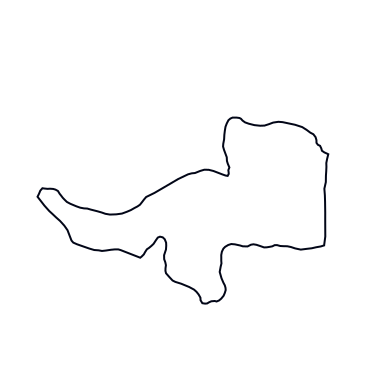 Offouè-Onoyè, Ogooué-Lolo, Gabon (Albers equal-area conic projection), rotated 111°
{"feature_id": "22940354B26580795617541", "entity_name": "Offouè-Onoyè", "entity_type": "district", "adm_level": 2, "iso_a3": "GAB", "parent_name": "Gabon", "parent_adm1": "Ogooué-Lolo", "projection": "albers", "projection_center": [11.91, -1.081], "detail": "fine", "context": "isolated", "style": "outline", "palette": "ink", "viewbox_px": 384, "rotation_deg": 111, "n_neighbors": 0, "source": "geoboundaries", "source_scale": "gbopen_adm2", "svg_char_len": 2719}
<svg xmlns="http://www.w3.org/2000/svg" viewBox="0 0 384 384"><g transform="rotate(111 192 192)"><path d="M107.9,78.3L107.8,79.3L107.6,82.7L106.9,85.5L105.0,86.9L103.0,89.0L102.8,91.4L101.5,93.4L99.0,94.4L96.5,96.3L94.6,99.4L94.2,102.8L93.0,107.0L91.9,112.4L92.3,119.9L94.3,132.4L95.5,136.5L98.1,141.1L101.2,144.6L104.0,148.1L105.7,152.1L107.2,157.7L107.9,163.5L108.0,167.4L107.2,170.4L106.1,172.5L105.9,174.2L106.6,177.2L108.0,180.8L109.7,182.5L111.9,183.7L115.5,184.1L119.1,184.1L123.0,183.3L127.0,182.3L131.3,180.9L135.7,180.1L138.4,179.3L141.2,177.2L147.1,172.0L150.5,170.5L152.8,168.7L155.7,165.9L158.6,165.9L160.4,164.9L161.9,164.2L164.2,164.5L164.6,166.6L164.7,170.0L164.7,174.1L164.7,179.5L165.3,184.4L166.8,188.5L169.4,191.9L173.2,196.0L174.7,199.0L176.9,202.0L184.8,209.5L197.7,219.8L206.3,226.7L213.1,233.0L216.2,234.1L219.3,235.0L222.5,236.0L225.0,237.7L227.6,240.0L230.8,242.6L233.7,245.6L237.2,249.6L240.0,254.7L242.5,260.6L243.4,265.1L243.5,269.0L243.9,273.5L244.7,280.3L245.0,283.9L246.0,286.9L246.7,290.8L246.8,294.8L246.6,301.4L246.1,305.3L244.8,308.3L243.7,310.6L242.2,313.0L241.1,314.9L239.1,317.5L238.7,320.3L238.9,322.7L239.8,325.7L240.8,327.9L241.6,330.8L242.1,333.0L242.4,333.1L245.1,334.1L248.6,334.2L251.8,334.5L257.6,324.9L260.9,318.5L262.6,314.2L264.5,309.6L266.3,304.8L269.2,299.1L272.3,294.5L277.2,290.1L280.5,287.1L281.8,284.7L282.0,280.6L281.8,273.7L281.6,267.6L281.2,262.5L279.9,258.2L279.3,254.9L277.5,251.4L275.0,247.0L273.3,243.6L272.0,240.2L271.8,237.8L271.9,216.8L270.4,215.9L267.5,214.6L265.1,214.3L261.7,213.6L259.4,212.0L256.9,210.6L254.2,209.3L250.0,208.4L246.8,207.6L245.2,205.9L244.8,203.1L245.9,200.5L248.6,198.0L251.4,196.8L255.0,195.7L261.0,195.4L264.7,193.9L267.1,191.8L269.7,190.1L272.7,189.4L275.2,188.5L277.2,187.1L279.4,182.9L281.6,178.4L281.9,175.4L281.5,169.2L281.7,160.6L282.4,155.1L283.6,152.0L285.3,149.1L287.6,146.3L290.0,145.2L292.1,142.5L291.5,139.7L290.6,137.9L288.8,136.5L287.1,134.8L285.6,131.7L285.4,129.8L283.6,127.9L281.1,126.5L277.5,125.3L274.5,125.2L271.5,125.4L269.4,126.4L267.4,127.9L265.4,130.2L262.0,133.5L256.7,137.5L251.3,138.5L248.1,138.9L245.8,140.0L242.9,141.1L240.4,142.1L237.0,142.7L233.6,142.4L231.3,141.4L228.5,139.2L226.5,136.7L225.5,133.2L224.7,128.0L224.5,125.1L222.9,120.6L220.1,118.1L218.8,115.9L218.2,112.9L218.0,108.6L217.9,104.8L216.8,102.3L215.4,99.9L213.9,97.5L212.0,95.8L211.1,93.6L210.8,90.3L209.7,86.9L208.5,83.6L207.9,79.9L207.7,75.5L206.8,69.8L204.0,64.6L201.6,60.0L199.1,56.3L196.7,52.3L194.5,49.5L194.2,49.6L185.8,51.6L178.9,54.3L169.9,57.8L163.6,60.2L153.6,64.2L147.4,66.8L141.5,69.6L134.8,70.6L128.8,72.8L124.6,74.1L120.4,75.5L116.8,77.0L112.8,77.7L107.9,78.3Z" fill="none" stroke="#020617" stroke-width="2"/></g></svg>